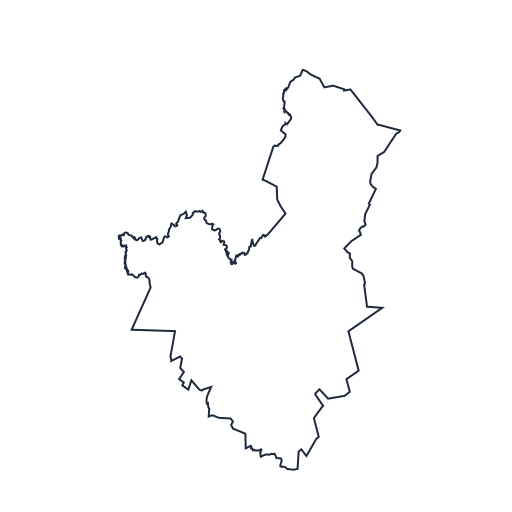 Trapenes pag., Apes, Latvia, rotated 289°
{"feature_id": "27541924B83311513911645", "entity_name": "Trapenes pag.", "entity_type": "district", "adm_level": 2, "iso_a3": "LVA", "parent_name": "Latvia", "parent_adm1": "Apes", "projection": "robinson", "projection_center": [26.588, 57.465], "detail": "fine", "context": "isolated", "style": "outline", "palette": "slate", "viewbox_px": 512, "rotation_deg": 289, "n_neighbors": 0, "source": "geoboundaries", "source_scale": "gbopen_adm2", "svg_char_len": 6115}
<svg xmlns="http://www.w3.org/2000/svg" viewBox="0 0 512 512"><g transform="rotate(289 256 256)"><path d="M68.3,364.6L84.9,360.0L87.9,361.9L83.3,368.8L103.0,372.6L105.4,374.2L121.6,363.5L134.8,367.6L136.1,368.3L144.4,357.1L145.4,356.9L150.6,359.4L144.6,370.6L152.6,385.3L158.1,388.9L169.0,381.6L181.0,390.4L214.9,367.9L248.1,392.2L244.2,377.5L263.8,367.7L263.9,368.0L266.3,367.6L272.1,364.2L273.9,361.8L275.6,351.7L277.6,350.3L282.6,348.6L283.9,346.5L285.1,345.1L289.0,344.0L289.1,341.8L291.9,337.0L301.2,341.4L310.2,348.3L312.6,346.4L313.6,345.0L316.6,345.7L318.5,347.0L318.7,348.1L319.6,348.4L320.9,349.3L321.5,349.4L324.0,347.2L331.0,345.6L341.6,347.0L342.3,345.6L358.5,347.5L359.4,344.2L361.1,341.3L363.4,339.7L371.1,338.5L379.1,341.0L383.4,340.6L390.2,338.4L396.1,343.3L417.1,348.7L419.6,350.9L421.6,351.5L420.0,328.5L419.7,328.3L426.1,319.1L444.2,291.1L441.1,285.4L442.3,285.2L442.2,273.5L437.7,265.7L444.4,258.4L445.4,248.6L447.2,243.3L447.3,239.9L447.1,239.5L440.8,239.1L437.6,234.9L434.8,234.1L432.0,231.8L425.9,231.6L422.7,230.4L424.0,229.7L421.8,228.5L421.0,228.9L419.1,229.0L418.7,229.3L418.2,228.9L415.8,229.9L414.0,229.9L411.3,231.6L411.3,232.9L406.9,233.9L404.6,233.8L404.1,234.5L404.6,234.8L404.4,235.4L404.0,235.3L402.9,235.9L402.7,235.5L401.8,235.6L401.4,236.0L402.3,236.3L402.6,237.8L401.7,238.4L401.7,239.7L400.4,240.9L400.3,241.4L401.0,241.6L400.9,241.9L398.9,243.9L396.8,244.4L390.8,242.5L391.3,240.8L390.7,241.1L387.1,238.8L382.8,238.6L380.7,244.3L378.8,244.9L375.9,244.5L370.7,242.5L368.7,240.9L367.5,241.1L366.5,239.0L366.7,237.9L365.0,236.8L330.3,237.4L330.2,240.7L328.3,253.0L316.3,257.7L311.3,262.8L305.7,270.1L280.6,260.3L278.3,258.9L278.5,258.6L278.3,258.4L277.3,258.1L277.9,256.9L278.4,256.6L278.4,256.1L277.8,255.7L274.6,255.1L274.3,253.9L267.2,252.1L265.8,252.0L265.1,251.5L265.2,250.7L267.1,249.0L270.1,247.2L269.9,247.0L266.4,247.3L263.5,248.1L262.5,246.7L260.0,247.3L258.8,247.3L257.7,246.9L256.7,247.2L253.8,245.7L253.4,245.1L255.0,243.9L254.1,242.5L254.6,241.9L252.9,240.7L251.7,240.3L251.6,240.1L252.0,239.5L250.7,238.9L250.1,239.3L249.6,239.1L249.5,238.8L250.3,237.9L250.2,237.3L247.7,237.3L243.4,238.0L243.1,238.5L243.2,239.1L242.6,239.4L242.1,239.1L242.0,238.6L242.3,238.0L243.4,237.0L240.9,236.4L240.3,235.9L240.3,235.6L242.3,235.5L242.6,234.9L241.7,234.3L242.1,233.9L244.5,234.2L244.7,231.8L246.3,229.4L248.0,229.0L249.6,229.4L250.1,229.2L250.3,228.4L250.1,228.1L248.6,227.6L250.2,226.8L251.2,226.8L251.3,226.5L250.9,225.9L251.7,225.4L252.0,224.7L252.5,224.6L253.6,225.6L254.1,225.7L255.7,225.3L256.2,224.5L256.4,222.6L256.0,221.9L257.4,221.5L258.6,221.6L259.4,221.0L259.2,220.1L259.3,218.8L257.5,218.3L257.5,218.0L259.4,216.7L259.7,215.7L261.8,216.1L263.4,215.3L265.0,213.8L267.7,214.2L269.7,212.8L269.8,212.0L269.1,210.6L267.7,209.8L267.3,209.1L266.6,208.6L266.8,208.2L266.8,206.0L268.9,205.2L271.1,205.0L272.0,205.3L272.4,204.2L271.4,203.2L270.8,201.0L271.2,198.6L271.7,198.0L273.3,197.2L273.6,195.6L274.5,194.8L275.8,194.7L277.2,195.4L277.7,195.4L278.4,195.2L280.2,193.9L279.9,191.8L280.9,191.3L281.3,190.6L279.7,189.4L280.1,187.9L279.4,187.1L278.6,185.4L278.6,183.8L278.3,183.4L277.2,183.2L276.0,182.2L274.7,182.8L271.3,181.5L270.4,180.7L270.3,180.1L268.9,177.3L272.1,177.3L275.0,175.3L272.2,173.9L270.2,171.4L266.9,171.0L263.3,171.1L260.9,170.0L260.1,170.4L259.8,171.4L259.1,171.5L258.1,170.7L257.7,169.6L257.9,168.7L258.7,168.2L258.9,166.8L259.4,166.0L259.1,165.4L256.1,165.9L252.3,165.1L251.4,165.6L248.7,165.5L247.2,166.0L246.1,167.2L244.7,166.2L245.1,163.9L244.7,163.3L243.4,162.9L241.5,163.2L238.3,163.1L235.5,160.8L235.8,159.1L236.4,158.3L238.2,157.4L239.8,157.3L240.1,157.1L240.2,156.0L241.2,155.4L237.8,152.2L237.1,151.0L239.5,149.7L239.4,149.3L238.0,148.8L240.1,148.6L239.8,147.4L237.8,145.9L235.7,146.3L235.5,145.9L233.9,145.2L233.5,144.5L233.4,144.0L233.7,143.6L235.0,142.3L236.3,141.4L235.0,139.9L232.2,138.5L232.0,137.7L232.5,136.8L232.2,136.0L232.3,135.7L233.5,135.3L234.0,135.4L234.2,135.1L234.2,134.7L233.2,134.0L233.2,133.6L234.7,132.0L234.6,128.9L234.8,128.2L235.9,127.2L236.0,125.9L235.7,125.1L234.8,124.1L232.6,124.2L232.3,123.6L232.7,122.6L231.2,121.7L231.2,120.6L230.8,119.9L229.9,119.8L227.6,120.9L227.9,122.0L228.8,122.0L228.4,122.7L227.2,122.7L226.6,123.1L226.6,123.5L224.9,123.5L224.1,124.1L223.0,124.3L222.5,124.7L222.6,125.0L221.8,125.4L221.5,125.9L222.6,126.7L222.6,127.0L222.1,127.2L222.7,127.8L222.5,128.0L222.9,128.2L222.8,128.8L223.4,129.5L222.5,129.5L222.6,130.4L222.3,130.9L221.4,130.6L220.5,130.8L220.3,131.2L218.9,132.1L217.3,131.3L216.9,131.8L214.9,132.4L214.2,133.1L213.6,133.0L213.9,132.6L213.5,132.3L213.3,132.8L212.8,133.1L212.7,132.7L211.8,132.4L211.2,132.7L211.7,133.3L211.3,133.6L210.0,133.1L209.8,133.6L208.7,134.2L208.2,134.2L208.1,133.9L207.7,133.8L207.6,134.4L206.3,134.3L206.4,134.9L205.6,135.6L204.7,135.4L204.3,135.5L204.1,136.0L203.6,135.7L202.5,136.0L203.1,136.5L203.0,137.1L202.4,137.0L202.1,137.4L201.2,137.5L201.4,138.4L199.9,138.9L200.6,139.4L200.6,139.9L199.4,140.3L197.7,140.4L196.8,141.2L197.5,142.6L197.4,143.4L198.3,144.6L196.7,148.6L196.6,149.5L196.9,150.9L198.3,151.6L200.0,151.5L200.1,152.2L202.1,153.5L202.1,154.7L204.1,156.5L203.0,157.8L202.1,157.8L200.4,159.2L200.8,160.1L200.0,161.8L198.1,163.5L197.3,163.4L191.8,166.6L145.8,162.4L158.6,203.9L132.8,207.9L131.9,208.9L129.1,210.1L136.2,216.9L135.0,219.4L125.5,220.8L122.8,225.6L114.6,223.4L112.9,228.9L109.7,228.4L107.6,235.5L117.4,235.4L111.9,244.8L111.1,246.4L111.0,247.0L111.5,249.1L112.5,249.4L117.6,256.2L108.4,255.5L105.3,255.7L101.4,256.9L100.3,257.9L101.1,258.5L97.5,260.2L95.9,261.8L95.1,261.8L88.8,263.6L90.5,265.5L91.3,267.0L90.9,272.4L91.2,274.8L94.1,284.8L92.0,288.1L88.1,287.5L85.3,290.5L84.5,303.8L70.8,308.9L74.8,312.8L73.8,314.0L72.8,313.7L72.2,314.4L72.4,315.3L71.3,316.5L72.2,317.2L71.8,318.5L73.3,322.5L74.6,323.3L74.8,323.9L74.1,324.2L71.3,324.1L68.2,325.6L67.8,326.1L69.8,327.8L71.7,330.3L72.0,330.8L72.4,333.3L74.2,335.3L74.1,336.5L75.1,338.0L71.7,341.2L72.7,345.6L71.0,346.9L65.4,347.2L64.9,348.8L65.6,349.6L65.8,352.6L64.7,355.2L65.2,356.4L66.1,361.1L68.3,364.6Z" fill="none" stroke="#1e293b" stroke-width="2"/></g></svg>